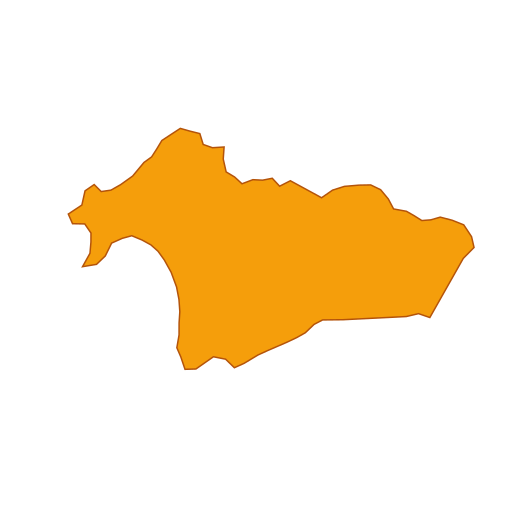 outline of Penha, Santa Catarina, Brazil, rotated 211°
{"feature_id": "56859067B78825911007655", "entity_name": "Penha", "entity_type": "district", "adm_level": 2, "iso_a3": "BRA", "parent_name": "Brazil", "parent_adm1": "Santa Catarina", "projection": "albers", "projection_center": [-48.64, -26.804], "detail": "fine", "context": "isolated", "style": "filled", "palette": "amber", "viewbox_px": 512, "rotation_deg": 211, "n_neighbors": 0, "source": "geoboundaries", "source_scale": "gbopen_adm2", "svg_char_len": 1232}
<svg xmlns="http://www.w3.org/2000/svg" viewBox="0 0 512 512"><g transform="rotate(211 256 256)"><path d="M334.0,322.2L339.5,333.0L349.1,326.4L358.7,324.4L367.2,332.0L377.0,329.0L386.6,326.4L391.5,316.3L396.2,306.5L396.2,296.8L396.5,287.2L400.2,278.5L402.9,261.0L408.8,247.4L414.3,237.7L421.9,231.5L431.5,233.9L436.1,223.8L431.5,210.0L438.5,195.3L429.9,189.2L419.3,195.3L409.3,190.7L404.7,183.0L399.7,172.8L399.2,157.5L388.4,166.7L385.2,178.4L386.4,192.7L379.7,202.3L372.9,209.4L361.9,211.0L351.8,211.4L342.4,209.6L332.6,205.4L320.3,198.3L308.1,188.5L299.6,179.0L292.6,169.0L287.5,159.1L281.3,148.7L276.6,136.6L268.5,130.8L258.5,122.3L249.3,128.2L245.2,137.4L240.6,147.7L228.9,151.9L217.0,149.1L210.9,157.9L203.3,172.2L197.4,180.8L191.9,188.5L185.3,197.7L179.1,207.0L174.2,215.6L171.0,227.3L166.0,235.5L148.6,246.2L96.0,281.5L87.0,290.3L75.3,292.8L77.1,360.7L73.5,375.6L81.2,383.6L94.0,389.7L106.2,387.7L118.1,384.2L124.8,377.0L132.1,371.8L141.4,372.0L150.1,371.8L162.3,367.2L171.9,373.0L183.3,377.0L194.3,376.0L204.2,369.8L216.1,361.2L224.3,351.9L229.8,339.7L265.3,338.2L271.7,328.0L282.1,331.0L289.4,324.4L298.0,319.8L305.2,310.7L315.0,312.7L324.9,312.7L334.0,322.2Z" fill="#f59e0b" stroke="#b45309" stroke-width="1.5"/></g></svg>